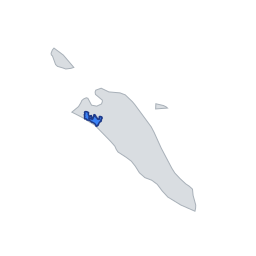 location of Suai, Cova Lima, East Timor, rotated 65°
{"feature_id": "22284137B60263836524270", "entity_name": "Suai", "entity_type": "district", "adm_level": 2, "iso_a3": "TLS", "parent_name": "East Timor", "parent_adm1": "Cova Lima", "projection": "albers", "projection_center": [125.311, -9.25], "detail": "fine", "context": "in_parent", "style": "filled", "palette": "blue", "viewbox_px": 256, "rotation_deg": 65, "n_neighbors": 0, "source": "geoboundaries", "source_scale": "gbopen_adm2", "svg_char_len": 4524}
<svg xmlns="http://www.w3.org/2000/svg" viewBox="0 0 256 256"><g transform="rotate(65 128 128)"><path d="M89.9,172.2L87.7,163.8L85.3,160.2L83.5,158.1L82.9,155.6L83.0,153.0L84.1,151.8L91.9,151.4L95.0,147.1L95.0,141.9L93.4,140.2L91.9,139.5L83.8,143.3L81.5,142.6L80.1,141.2L80.6,135.5L87.2,130.1L92.8,120.4L96.8,116.5L106.0,112.9L109.8,111.9L136.7,106.5L143.1,106.2L160.2,106.4L183.0,105.3L188.6,104.6L195.9,102.2L203.0,99.3L206.8,97.0L210.7,95.4L216.6,97.5L226.5,99.2L229.2,100.6L231.7,102.5L220.1,112.7L207.4,121.1L199.5,123.6L191.4,125.3L185.3,128.6L180.1,133.7L173.4,136.6L165.9,137.5L159.5,139.0L153.7,142.1L145.6,147.2L142.4,147.7L138.9,147.6L132.2,149.6L111.4,156.9L98.9,165.2L89.9,172.2ZM24.3,161.3L34.6,155.8L50.2,151.5L49.8,154.6L48.2,159.5L45.9,161.8L42.3,165.9L39.9,166.8L30.6,166.0L29.4,166.6L27.7,166.1L25.3,163.5L24.3,161.3ZM126.6,83.8L122.4,94.9L117.8,92.5L122.7,86.3L125.0,84.5L126.6,83.8Z" fill="#d9dde1" stroke="#a8b0b8" stroke-width="1"/><path d="M106.6,147.4L106.5,147.5L106.4,147.6L106.3,147.8L106.2,148.0L105.9,148.2L105.8,148.3L105.7,148.4L105.7,148.5L105.6,148.8L105.6,149.1L105.8,149.3L106.0,149.4L106.1,149.5L106.3,149.6L106.5,149.7L107.0,149.9L107.3,150.0L107.5,150.1L107.8,150.2L107.9,150.3L107.8,150.5L107.6,150.8L107.4,150.9L107.4,151.0L107.5,151.3L107.2,151.5L107.1,151.8L106.8,151.9L106.7,151.9L106.4,151.7L106.2,151.8L106.0,152.0L105.9,152.0L105.9,151.9L105.6,151.9L105.4,151.9L105.4,152.0L105.1,152.1L104.9,152.4L104.7,152.3L104.4,152.2L104.1,152.2L103.7,152.1L103.3,152.4L103.3,152.5L103.2,152.8L102.5,152.3L102.3,152.5L102.0,152.6L101.8,152.7L101.7,152.9L101.6,153.1L101.7,153.3L101.8,153.4L101.9,153.5L102.0,153.6L102.4,153.7L102.5,153.7L102.6,153.9L102.7,154.0L102.9,154.1L103.2,154.3L103.3,154.3L103.4,154.5L103.5,154.7L103.8,154.9L103.9,155.3L104.1,155.5L104.4,155.7L104.7,155.8L104.8,155.9L104.9,156.1L104.9,156.3L104.9,156.5L105.0,156.7L104.9,156.8L104.7,156.7L104.3,156.6L104.0,156.5L103.9,156.5L103.7,156.5L103.4,156.3L103.2,156.2L102.6,156.1L102.4,156.1L102.2,156.0L101.9,156.0L101.7,156.0L101.3,156.0L101.2,156.1L101.1,156.5L101.0,156.9L101.0,157.0L101.3,157.1L101.5,157.2L101.5,157.4L101.6,157.5L101.7,157.4L101.9,157.1L102.0,157.0L102.0,156.9L102.6,156.8L102.7,156.7L102.8,156.7L102.9,156.8L103.0,156.9L103.2,157.0L103.3,157.0L103.2,157.1L103.3,157.2L103.4,157.3L103.2,157.3L103.3,157.4L103.3,157.5L103.5,157.7L103.6,157.8L103.7,158.0L103.6,158.4L103.7,158.7L103.6,158.8L103.2,159.0L103.0,159.3L102.8,159.3L102.8,159.2L102.6,159.2L102.4,159.0L102.3,158.9L102.2,158.8L101.9,158.8L101.8,158.7L101.7,158.7L101.4,158.5L101.2,158.4L101.0,158.2L100.9,158.2L100.7,158.2L100.5,158.3L100.1,158.3L99.9,158.2L99.5,158.2L99.3,158.2L99.1,158.3L98.4,158.0L98.3,157.9L98.2,157.9L97.9,157.7L97.6,157.3L97.4,157.3L97.2,157.5L96.9,157.6L96.6,157.7L96.5,158.0L96.4,158.1L96.1,158.2L95.9,158.4L95.7,158.6L95.6,158.9L95.4,159.2L95.4,159.3L95.3,159.5L95.2,159.7L95.1,159.8L95.1,160.3L95.3,160.6L95.5,160.8L95.8,160.9L96.1,160.9L96.4,160.9L96.5,161.0L97.1,161.1L97.2,161.4L97.3,161.8L97.5,162.0L97.9,162.1L98.1,162.1L98.3,162.1L98.6,162.2L99.1,162.2L99.3,162.3L99.4,162.6L99.5,162.6L99.7,162.8L99.8,162.9L100.4,163.0L100.5,163.0L100.8,163.1L101.3,163.3L101.6,163.1L101.7,162.6L101.8,162.4L102.0,162.2L102.4,161.9L102.6,161.8L102.8,161.8L103.0,161.9L103.4,161.7L103.7,161.4L103.7,161.2L103.8,161.0L103.9,160.9L104.0,160.7L104.2,160.4L104.4,160.2L104.6,160.1L104.8,159.8L105.1,159.6L105.5,159.3L105.8,159.2L106.0,159.0L106.2,158.9L106.4,158.7L106.7,158.6L106.8,158.6L107.0,158.6L107.2,158.3L107.4,158.3L107.4,158.2L107.5,158.2L108.1,157.6L108.4,157.3L108.8,157.0L109.2,156.8L109.5,156.6L110.0,156.3L110.5,156.2L110.8,156.1L111.1,156.1L111.3,156.0L111.6,156.0L111.8,156.0L112.2,156.0L112.4,156.0L112.5,156.1L112.8,156.1L113.0,156.0L113.1,155.4L113.1,154.9L112.9,154.8L112.9,154.7L112.7,154.5L112.7,154.4L112.8,154.2L112.7,154.1L112.5,153.9L112.6,153.7L112.4,153.6L112.4,153.4L112.2,153.1L111.9,153.0L111.7,152.9L111.6,152.7L111.4,152.4L111.3,152.2L111.2,152.0L111.2,151.9L111.0,151.7L110.9,151.5L110.9,151.3L110.7,151.2L110.6,150.8L110.6,150.7L110.5,150.4L110.6,150.2L110.6,149.9L110.5,149.7L110.4,149.5L110.4,149.4L110.2,149.3L110.1,149.1L109.9,149.1L109.6,149.3L109.4,149.1L109.2,149.0L109.2,148.9L109.1,148.6L108.9,148.5L108.9,148.4L108.6,148.3L108.5,148.2L108.4,148.1L108.4,147.8L108.4,147.6L108.2,147.5L108.2,147.4L107.8,147.3L107.6,147.3L107.5,147.2L107.4,147.3L107.2,147.2L107.1,147.3L106.9,147.5L106.9,147.4L106.7,147.5L106.6,147.4Z" fill="#3b82f6" stroke="#1e3a8a" stroke-width="1.5"/></g></svg>